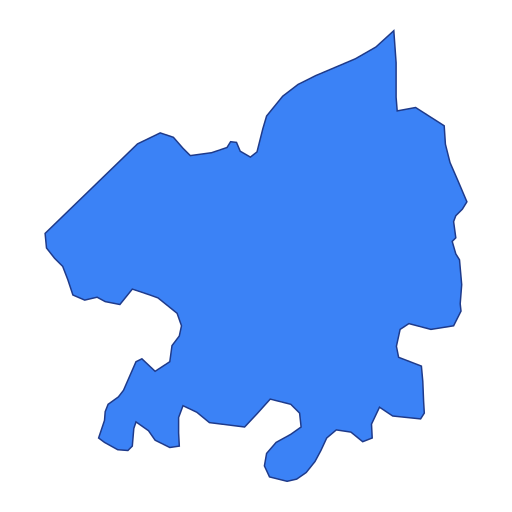 Yeoncheon-gun, Gyeonggi, South Korea
{"feature_id": "91817680B98224083425041", "entity_name": "Yeoncheon-gun", "entity_type": "district", "adm_level": 2, "iso_a3": "KOR", "parent_name": "South Korea", "parent_adm1": "Gyeonggi", "projection": "mercator", "projection_center": [126.988, 38.108], "detail": "fine", "context": "isolated", "style": "filled", "palette": "blue", "viewbox_px": 512, "rotation_deg": 0, "n_neighbors": 0, "source": "geoboundaries", "source_scale": "gbopen_adm2", "svg_char_len": 1577}
<svg xmlns="http://www.w3.org/2000/svg" viewBox="0 0 512 512"><path d="M393.8,30.7L375.9,47.0L355.3,58.8L315.7,75.6L298.1,84.4L282.7,96.2L266.6,116.0L262.9,128.5L257.0,151.9L250.4,157.1L240.2,151.2L236.5,142.4L230.6,141.7L227.0,147.5L211.6,152.7L190.3,155.6L183.0,148.3L173.4,137.3L160.2,132.9L137.5,143.9L45.1,233.4L46.5,248.0L54.6,258.3L62.7,266.4L67.8,279.6L72.9,295.0L84.7,300.1L97.1,297.2L105.2,301.6L119.9,304.5L132.3,289.1L150.0,295.0L158.0,297.9L177.1,313.3L181.5,325.8L179.3,336.0L172.0,345.6L169.8,361.7L155.1,371.3L141.9,358.8L136.0,361.7L123.5,390.3L118.4,396.9L108.1,404.3L105.2,411.6L104.5,420.4L98.6,438.0L104.5,442.4L117.7,449.7L122.8,450.1L127.9,450.5L132.3,446.1L133.8,428.5L136.0,421.9L148.5,430.7L155.1,440.2L169.8,447.5L179.3,446.1L178.6,432.9L178.6,417.5L183.0,405.7L196.9,412.3L209.4,422.6L244.6,427.0L257.0,413.8L270.2,399.1L290.8,404.3L299.6,413.1L301.1,427.0L290.8,434.3L276.1,442.4L266.6,453.4L264.4,465.9L267.1,471.7L269.5,476.9L287.1,481.3L290.2,480.6L296.7,479.1L306.2,472.5L315.0,461.5L320.9,450.5L326.7,438.0L336.3,429.9L350.9,432.1L362.7,441.7L372.2,438.0L371.5,424.1L379.5,407.2L392.7,416.0L420.6,418.9L424.3,413.1L423.6,401.3L422.8,381.5L421.4,366.1L398.6,357.3L396.4,346.3L400.1,329.4L408.9,323.6L419.9,326.5L430.9,329.4L453.6,325.8L461.0,311.1L460.2,303.8L461.7,284.7L459.5,259.8L455.8,253.9L452.2,241.4L455.8,237.8L453.6,221.6L455.8,215.7L462.4,209.1L466.9,201.8L458.0,180.9L450.0,162.5L445.4,144.2L444.2,125.8L415.6,107.5L397.2,110.9L396.1,97.2L396.1,84.6L396.1,62.8L393.8,30.7Z" fill="#3b82f6" stroke="#1e3a8a" stroke-width="1.5"/></svg>